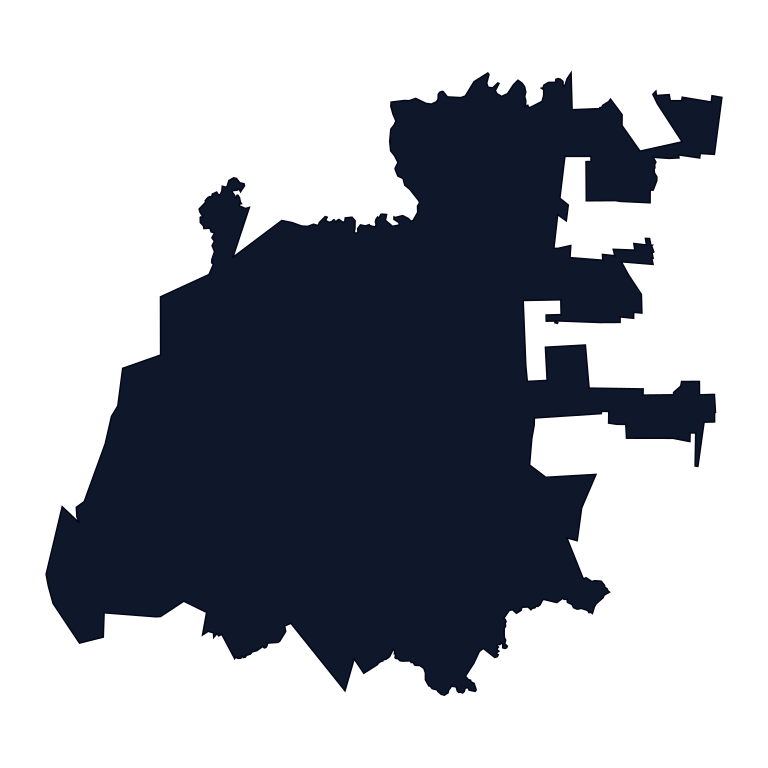 the district of San Juan Mazatlán, Oaxaca, Mexico
{"feature_id": "50627088B70858037213369", "entity_name": "San Juan Mazatlán", "entity_type": "district", "adm_level": 2, "iso_a3": "MEX", "parent_name": "Mexico", "parent_adm1": "Oaxaca", "projection": "robinson", "projection_center": [-95.346, 17.147], "detail": "fine", "context": "isolated", "style": "filled", "palette": "ink", "viewbox_px": 768, "rotation_deg": 0, "n_neighbors": 0, "source": "geoboundaries", "source_scale": "gbopen_adm2", "svg_char_len": 6073}
<svg xmlns="http://www.w3.org/2000/svg" viewBox="0 0 768 768"><path d="M594.4,606.9L596.3,603.6L603.0,597.8L604.2,595.1L609.5,592.1L607.7,590.6L607.1,588.8L604.7,587.1L604.6,585.4L601.2,581.2L594.8,580.7L591.9,581.5L586.0,577.7L584.3,578.6L583.0,578.1L566.9,537.9L577.2,540.7L581.7,507.8L596.0,474.4L545.8,477.3L529.6,465.0L531.8,438.6L534.2,425.2L534.4,418.0L601.3,413.6L601.7,411.3L608.8,411.5L608.6,423.1L616.8,424.3L625.8,424.4L626.5,438.2L673.0,438.3L689.9,441.6L690.1,432.9L695.7,433.0L695.1,466.0L697.9,466.4L704.1,422.2L714.6,421.9L714.6,412.4L715.5,412.4L714.4,394.4L699.5,394.8L699.4,381.4L681.6,381.5L680.7,386.2L673.6,392.4L673.5,394.8L643.0,395.1L643.2,388.9L589.1,388.1L585.4,345.0L545.4,347.2L547.1,380.4L527.3,381.4L525.8,365.2L523.2,300.5L560.8,299.8L561.1,314.6L546.1,315.0L546.2,321.2L555.1,321.0L554.9,322.7L557.3,323.4L557.8,322.7L556.7,320.9L599.7,322.5L620.1,322.4L620.1,316.9L633.6,318.3L633.8,312.3L641.9,313.1L641.4,294.4L628.4,274.7L621.4,261.8L653.1,264.4L651.8,258.2L653.1,258.3L652.1,252.8L653.8,251.9L651.7,246.0L652.4,245.2L650.8,245.2L649.6,238.5L645.4,238.4L646.5,245.0L633.8,243.5L634.8,250.1L613.2,249.3L614.8,255.7L602.4,254.4L602.8,260.2L570.0,257.6L570.8,245.5L557.7,248.4L553.9,248.3L557.7,214.6L566.3,220.9L568.3,205.0L559.9,198.2L564.9,156.4L591.0,156.4L591.0,161.5L586.0,161.6L586.3,200.8L615.4,200.6L620.3,201.4L650.1,202.8L650.2,190.2L653.2,190.1L656.8,180.7L656.9,177.0L654.4,172.7L654.1,169.3L654.9,167.8L654.7,164.5L655.9,162.1L653.2,157.3L669.2,158.4L679.0,157.9L678.5,154.9L699.7,158.0L700.3,153.5L714.4,154.4L721.9,97.4L712.0,95.7L711.2,102.0L682.2,97.2L681.7,100.7L670.3,100.7L669.2,94.6L656.4,95.5L655.9,91.1L652.8,94.3L657.4,103.8L682.1,141.8L640.0,151.1L622.0,125.5L622.1,114.7L610.5,99.1L608.6,101.7L602.9,105.2L601.5,107.5L599.9,107.6L599.9,108.6L572.1,109.7L571.1,72.8L567.1,78.7L564.9,85.3L563.1,86.2L563.0,81.4L560.2,79.1L557.8,78.6L555.8,79.4L555.6,82.3L548.5,82.4L543.9,85.1L542.8,88.3L540.6,87.9L543.7,89.6L543.6,95.8L542.0,101.4L529.7,107.7L528.2,106.7L527.8,105.3L524.1,106.5L525.6,105.1L525.8,100.8L524.7,96.4L525.8,92.1L524.6,86.7L522.0,83.1L517.9,80.2L513.5,84.7L507.5,93.7L501.6,96.4L497.0,93.7L495.3,90.7L499.0,83.5L497.8,82.9L492.8,87.8L488.1,87.3L486.7,83.1L489.0,74.5L487.8,73.0L474.0,81.7L465.3,96.0L460.8,97.6L447.4,96.9L443.3,91.7L442.2,91.3L439.7,92.3L438.2,94.4L438.1,99.1L436.5,101.7L431.4,104.1L425.8,103.3L415.7,98.4L409.1,100.7L404.4,100.5L391.1,102.1L390.8,106.4L393.1,114.5L395.9,120.9L394.2,124.8L390.8,129.2L389.7,141.5L390.7,150.9L394.6,155.8L398.0,162.5L395.1,168.3L395.2,169.4L397.9,176.1L403.0,178.5L404.8,185.2L409.7,189.2L418.8,200.7L419.5,203.0L417.5,206.0L417.7,212.4L413.2,220.3L411.1,221.4L408.3,218.5L402.7,215.6L395.2,217.5L394.0,216.9L393.9,219.3L398.9,222.6L399.3,225.0L392.5,226.3L385.4,220.3L386.6,214.5L382.1,214.1L380.8,214.4L379.5,217.0L378.1,217.9L377.5,217.1L376.0,219.3L375.4,221.8L376.1,224.3L375.2,227.0L369.8,225.6L369.3,224.7L365.3,225.9L360.4,224.9L357.7,228.6L357.9,232.4L356.4,233.2L355.3,233.1L354.2,231.1L354.9,229.4L355.1,220.7L352.0,217.2L345.2,217.9L344.8,221.5L343.0,222.3L339.0,219.4L337.0,220.5L336.7,222.1L335.5,222.0L334.4,219.9L333.6,219.8L331.7,221.6L329.1,222.3L326.4,220.9L325.8,219.9L327.2,217.2L325.2,216.6L319.2,222.6L318.7,224.7L317.5,225.4L313.6,224.2L307.6,226.4L301.5,226.0L292.2,222.6L281.8,220.5L232.9,257.3L249.4,207.4L245.5,208.5L239.5,205.9L239.0,204.2L241.5,203.7L240.4,202.0L239.5,197.7L237.9,195.2L237.0,195.3L236.2,197.9L235.1,197.8L234.8,195.6L232.0,191.8L233.1,190.6L237.1,190.2L237.9,189.1L239.8,190.2L240.5,191.8L244.5,185.8L244.0,183.7L239.8,182.8L236.5,178.5L233.7,177.8L228.9,180.5L227.0,186.6L225.8,187.2L222.3,186.2L221.8,191.3L219.9,195.0L218.1,194.5L216.7,192.1L212.4,194.0L211.7,196.6L209.6,196.6L207.6,197.8L205.2,200.7L205.6,202.0L204.8,203.1L199.1,209.0L200.1,212.4L202.6,216.2L202.3,217.1L200.5,217.0L200.2,217.7L200.3,222.5L203.4,225.9L203.9,228.6L209.1,228.2L210.2,228.7L211.1,231.9L214.6,232.8L211.9,237.8L214.4,241.2L212.1,245.6L214.5,251.6L211.8,259.6L211.7,262.8L213.4,264.3L209.0,274.5L160.5,296.8L160.6,355.0L122.7,368.3L117.8,405.9L111.5,416.3L105.2,443.8L84.2,501.6L76.3,507.3L76.9,516.9L79.4,523.0L62.2,506.7L46.1,574.3L48.3,586.0L53.1,603.5L79.5,643.1L103.3,637.1L104.1,612.8L155.9,616.8L160.6,616.5L183.8,601.2L206.6,612.4L202.5,635.0L208.2,631.3L213.5,632.9L213.7,637.4L217.1,633.5L218.6,635.9L221.8,634.4L234.7,658.7L235.5,657.2L238.1,658.4L241.0,658.1L242.1,656.3L243.3,656.4L243.3,657.5L245.5,657.1L246.3,655.4L250.4,654.1L252.2,651.9L256.7,650.7L262.8,646.5L264.3,647.9L265.3,647.7L266.4,647.0L267.8,643.1L278.0,642.4L279.7,641.2L285.7,631.5L284.7,625.9L290.9,623.3L345.0,690.8L354.2,658.9L363.8,673.3L377.6,664.5L377.9,663.4L381.0,661.4L382.9,660.9L383.0,659.9L385.9,659.3L388.5,657.6L389.8,656.3L393.2,649.2L394.6,651.2L394.3,653.8L395.6,654.0L395.0,657.6L395.9,658.5L397.6,658.5L400.0,660.7L402.1,661.1L410.0,660.9L411.2,662.5L412.8,662.3L415.0,665.3L419.8,665.5L423.9,668.5L425.4,672.9L425.4,679.8L428.8,685.9L430.3,686.2L432.1,688.6L437.4,690.0L437.6,691.1L441.1,694.3L444.3,695.2L448.1,692.8L448.6,690.2L451.6,686.2L456.1,686.9L457.4,691.2L458.8,692.4L460.6,692.1L462.7,693.0L464.3,691.3L465.1,688.2L467.2,687.7L468.1,688.0L469.1,690.1L475.1,691.4L476.2,689.9L474.1,683.4L471.0,681.8L470.6,680.2L468.5,679.7L465.4,676.2L473.8,663.3L479.4,651.4L483.3,648.4L494.8,657.5L497.3,656.6L498.3,654.7L495.8,653.6L498.9,651.1L496.6,649.3L498.5,647.1L497.0,645.6L497.2,644.5L500.0,644.6L501.4,642.8L502.8,644.6L502.7,647.8L504.9,648.5L506.6,647.8L507.4,646.1L504.7,643.8L505.7,640.1L504.4,637.6L504.2,633.9L504.2,628.4L505.6,626.3L505.2,622.9L506.1,621.7L505.3,619.6L503.8,618.4L509.3,610.4L512.5,609.7L516.5,613.3L521.2,610.3L521.7,607.8L522.8,607.2L528.2,607.0L530.9,609.8L532.3,608.3L534.8,607.9L536.2,606.2L537.9,606.4L540.2,604.7L542.3,600.4L543.6,599.4L556.9,602.6L562.6,598.3L564.2,599.4L566.9,599.1L567.5,602.4L571.9,604.4L573.6,607.7L577.2,609.2L581.5,608.4L586.3,610.0L588.2,611.1L588.9,612.6L591.0,612.4L592.4,613.5L594.4,606.9Z" fill="#0f172a" stroke="#020617" stroke-width="1.5"/></svg>